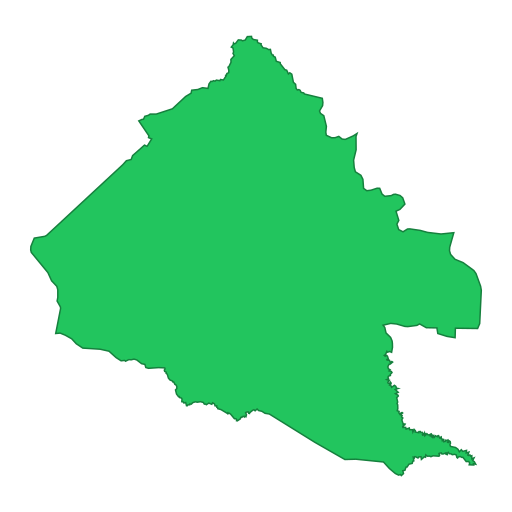 the district of Bua Yai, Nakhon Ratchasima, Thailand
{"feature_id": "78962969B3783479012099", "entity_name": "Bua Yai", "entity_type": "district", "adm_level": 2, "iso_a3": "THA", "parent_name": "Thailand", "parent_adm1": "Nakhon Ratchasima", "projection": "albers", "projection_center": [102.418, 15.596], "detail": "fine", "context": "isolated", "style": "filled", "palette": "green", "viewbox_px": 512, "rotation_deg": 0, "n_neighbors": 0, "source": "geoboundaries", "source_scale": "gbopen_adm2", "svg_char_len": 6037}
<svg xmlns="http://www.w3.org/2000/svg" viewBox="0 0 512 512"><path d="M55.7,333.5L60.2,333.1L65.3,335.2L71.7,338.8L76.3,343.8L82.8,348.1L100.1,349.2L109.0,351.2L116.1,357.6L121.1,360.8L124.6,360.4L125.5,361.2L128.9,359.6L131.2,359.8L134.0,359.1L136.7,359.9L141.6,363.7L144.9,364.4L145.8,367.5L148.4,368.3L158.7,367.6L164.7,367.9L165.1,368.9L164.3,370.1L164.7,371.4L166.3,372.2L166.1,373.3L167.3,374.3L168.4,378.1L170.0,380.0L172.4,381.0L172.9,382.0L173.7,381.9L174.9,384.4L175.7,384.6L176.8,386.4L176.8,388.6L175.5,389.9L176.5,394.0L178.6,396.8L179.4,396.6L179.7,397.6L181.5,398.1L182.0,399.1L181.8,401.7L183.4,402.0L183.9,403.0L185.7,402.5L186.5,405.7L187.4,405.7L187.9,404.8L189.7,404.8L189.8,404.0L191.4,404.1L192.7,402.7L195.3,401.8L197.3,402.2L200.5,401.7L203.4,402.5L204.3,404.1L205.7,404.1L206.3,404.7L208.8,403.1L211.8,404.3L212.6,402.8L214.4,403.8L215.1,405.9L216.7,405.8L216.8,407.3L217.7,407.8L217.8,408.7L221.0,409.6L227.0,413.2L227.7,412.7L228.0,413.8L229.0,413.1L230.5,414.0L234.4,418.7L236.0,418.8L236.7,419.7L236.5,420.7L237.3,420.9L240.3,418.9L240.8,417.4L242.0,417.3L242.2,416.6L243.8,416.3L244.3,417.0L244.9,416.3L245.9,416.8L246.5,414.8L245.6,412.7L246.2,412.2L248.1,411.8L248.7,413.3L249.5,413.5L249.7,412.7L252.7,410.3L253.9,409.7L255.1,410.8L257.1,409.0L258.5,410.5L261.9,411.3L265.0,413.3L269.3,414.0L315.0,442.4L344.9,459.5L355.8,459.2L383.5,462.0L389.4,468.5L395.3,473.5L398.6,475.1L400.4,474.5L401.3,475.6L403.5,473.6L402.8,470.7L404.9,470.3L406.0,467.1L407.1,467.0L408.9,464.2L412.2,463.4L412.8,461.2L413.8,460.9L413.3,457.3L414.3,457.9L414.5,456.7L415.2,456.6L418.0,458.0L418.8,456.9L421.0,456.7L421.4,459.4L424.4,456.8L425.5,457.2L425.8,454.9L427.3,456.2L429.7,456.1L430.9,456.7L433.0,455.8L439.0,456.2L439.7,455.0L438.9,453.8L439.2,453.3L441.3,452.9L441.9,454.0L443.5,453.9L445.9,452.9L446.0,454.3L447.3,454.6L447.3,453.0L448.3,452.3L449.2,453.7L451.3,453.9L452.2,454.7L454.6,454.3L456.2,454.9L456.9,457.5L457.6,458.0L458.2,457.0L460.2,456.5L461.8,457.4L462.9,457.3L466.2,461.6L468.7,461.5L469.7,463.0L469.2,464.8L473.7,465.0L473.4,463.7L475.7,464.2L474.3,461.7L472.7,460.5L474.0,457.9L471.8,458.8L471.8,455.7L470.5,456.1L469.9,454.9L468.5,455.5L467.8,455.1L468.9,452.1L466.2,452.9L466.5,450.4L462.7,451.4L461.3,449.7L459.3,451.8L458.0,449.3L455.6,447.5L450.5,446.4L449.9,444.6L450.5,443.3L450.2,441.6L449.5,441.0L448.4,442.5L447.7,442.4L448.5,440.9L448.0,439.9L446.9,440.7L445.9,440.1L445.3,441.4L443.8,441.7L443.8,439.5L443.1,439.3L442.3,440.5L442.0,439.0L440.6,438.3L441.3,437.8L441.2,436.9L439.5,437.8L438.6,435.6L437.9,435.7L437.4,436.7L435.3,435.7L434.4,437.2L433.6,436.0L432.9,437.7L431.4,436.6L432.7,435.5L430.7,435.6L431.8,434.6L431.2,433.8L429.2,434.9L428.0,434.8L426.9,433.7L426.4,434.4L425.4,433.7L425.8,434.9L424.8,435.8L424.5,433.2L423.8,434.8L422.7,435.2L422.4,434.4L423.3,433.6L422.2,432.3L420.9,432.6L420.3,431.5L418.9,431.6L418.8,432.7L415.2,432.0L415.4,430.8L414.1,429.4L412.9,432.0L412.5,429.7L409.6,429.7L409.3,428.0L406.1,429.1L405.7,427.4L402.9,427.5L402.7,426.6L403.5,426.1L403.2,425.0L404.6,425.0L405.1,424.1L403.1,423.8L401.8,419.8L402.8,418.0L401.5,417.0L402.1,415.5L400.3,414.7L402.6,413.0L402.0,412.5L399.7,413.7L398.8,412.8L399.1,411.4L397.2,410.7L397.8,408.7L397.7,404.8L397.0,403.5L397.7,402.1L396.7,397.7L398.3,396.0L398.0,395.2L395.4,393.7L398.2,392.3L395.2,389.5L398.0,388.5L396.4,388.2L395.9,386.4L394.4,385.3L391.6,387.3L391.2,386.0L389.6,385.1L391.1,383.8L391.0,382.8L390.3,382.0L389.6,383.7L388.2,383.2L387.8,382.3L389.3,380.3L386.8,379.6L388.5,378.8L388.0,377.2L388.4,376.2L390.4,375.5L390.2,374.5L392.0,372.6L391.4,371.5L389.1,370.9L390.1,369.8L388.4,368.8L387.8,366.8L389.0,364.3L390.2,364.1L392.6,362.1L391.8,361.5L390.3,362.4L389.5,360.3L387.1,360.1L386.9,359.5L388.4,359.2L387.5,356.3L386.7,355.4L385.2,356.2L384.3,355.4L385.4,354.7L386.9,351.4L387.5,352.2L389.7,351.5L391.6,352.3L392.5,347.3L392.4,343.3L392.1,341.0L390.6,337.4L386.0,332.9L384.8,327.5L383.1,325.2L390.7,323.4L396.6,324.0L404.8,326.4L407.8,326.6L416.9,325.4L419.6,323.9L426.3,327.7L436.9,327.9L437.8,333.5L447.0,336.4L455.1,337.7L455.4,328.2L477.6,328.5L479.7,323.6L481.3,290.3L480.6,286.2L476.0,273.6L473.8,270.5L463.2,262.7L455.0,259.3L450.6,254.4L449.5,250.8L449.7,247.2L453.8,232.7L441.0,234.0L427.5,232.4L420.2,230.4L409.9,228.9L407.5,229.0L403.0,231.8L398.7,229.6L396.9,224.1L398.8,220.4L396.0,211.2L399.9,209.4L404.9,204.1L402.7,197.8L400.0,195.5L395.5,194.2L393.5,194.4L391.3,195.6L384.8,196.3L382.0,194.0L379.7,188.3L377.1,188.2L371.0,190.2L366.8,190.7L363.6,188.4L362.9,179.3L360.9,175.3L355.4,171.8L354.2,167.5L353.6,160.1L356.1,149.8L356.0,136.5L357.0,133.5L353.2,135.9L345.4,139.4L342.2,139.1L338.8,136.4L335.1,137.7L331.7,137.8L326.3,135.3L325.8,132.2L326.4,126.4L323.8,115.7L320.5,113.4L319.5,111.0L322.6,105.6L322.9,102.5L322.3,98.3L304.4,94.0L303.7,92.9L301.1,92.4L300.1,90.3L298.8,89.6L297.3,90.0L296.1,88.4L295.6,84.3L293.4,82.3L291.8,74.2L289.8,72.8L288.4,73.9L286.7,70.2L284.9,69.7L280.3,63.8L280.2,62.5L276.3,61.3L275.2,57.1L273.5,56.4L273.3,55.1L272.3,55.0L271.2,53.2L270.4,49.4L268.6,49.6L266.3,48.3L263.0,47.8L261.0,44.8L261.2,43.8L258.0,42.8L257.4,42.0L257.4,40.2L253.4,39.5L251.8,38.1L251.5,36.4L247.3,36.6L245.2,40.1L242.4,40.8L241.4,40.1L238.3,39.9L235.7,43.3L234.2,43.9L233.5,43.0L233.2,44.7L231.3,47.1L233.0,48.0L233.6,52.0L233.0,53.4L234.3,55.7L230.9,59.4L231.0,62.3L228.9,66.6L228.0,67.2L228.8,70.2L228.7,72.7L226.9,73.5L226.6,74.8L225.7,75.3L226.1,75.9L223.4,80.0L220.5,79.5L219.9,80.7L216.4,80.1L215.0,81.1L213.4,80.7L212.2,81.5L210.9,81.3L209.0,83.9L208.0,88.4L202.4,87.7L197.9,89.5L191.7,90.2L191.1,93.2L185.6,96.5L172.4,108.8L156.2,114.1L150.1,114.1L148.4,115.3L144.8,116.3L143.5,119.3L142.0,119.4L138.8,120.9L148.9,135.8L148.5,137.6L151.7,138.9L147.5,145.7L147.0,146.3L144.5,145.1L132.6,155.6L131.2,159.5L126.4,160.7L122.7,164.8L46.6,235.4L44.9,236.3L34.3,238.1L30.9,246.4L30.7,249.9L31.3,252.4L47.9,272.6L51.6,280.8L56.8,286.3L57.8,289.8L57.8,297.5L57.1,301.0L60.4,306.9L60.6,308.5L55.7,333.5Z" fill="#22c55e" stroke="#15803d" stroke-width="1.5"/></svg>